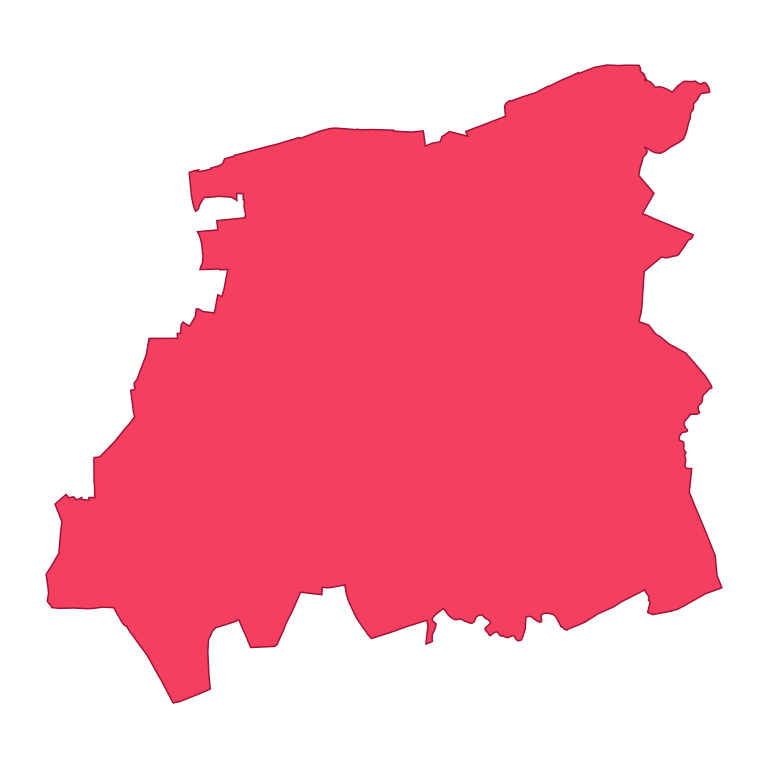 Griškānu pag., Rezeknes, Latvia
{"feature_id": "27541924B86599221750304", "entity_name": "Griškānu pag.", "entity_type": "district", "adm_level": 2, "iso_a3": "LVA", "parent_name": "Latvia", "parent_adm1": "Rezeknes", "projection": "mercator", "projection_center": [27.435, 56.489], "detail": "fine", "context": "isolated", "style": "filled", "palette": "rose", "viewbox_px": 768, "rotation_deg": 0, "n_neighbors": 0, "source": "geoboundaries", "source_scale": "gbopen_adm2", "svg_char_len": 6032}
<svg xmlns="http://www.w3.org/2000/svg" viewBox="0 0 768 768"><path d="M52.0,607.1L52.1,607.4L51.9,607.6L59.8,608.4L73.7,608.0L86.6,608.7L92.7,608.5L102.8,607.1L113.8,607.7L121.8,622.0L124.5,625.5L126.2,625.7L130.3,632.4L133.6,636.5L136.0,640.1L146.9,654.9L161.9,681.6L173.2,703.0L175.8,702.3L178.9,701.9L201.5,692.9L210.3,689.0L208.9,674.9L207.8,651.0L208.2,645.3L208.5,639.8L212.5,631.1L216.3,627.0L216.9,627.4L236.0,621.3L236.4,620.3L237.0,620.5L239.0,620.1L241.0,625.0L245.9,635.9L250.6,647.5L274.7,646.4L277.2,644.4L280.1,637.5L282.6,632.4L286.2,623.2L290.9,613.9L294.5,606.2L300.5,592.2L321.9,594.7L322.2,587.1L326.2,587.8L330.7,587.6L344.8,584.9L346.4,594.2L348.6,601.3L356.5,618.1L367.9,634.5L371.3,638.5L393.0,631.6L406.0,626.8L426.8,620.3L428.0,625.6L425.9,643.7L426.0,644.1L432.5,641.4L432.1,638.6L432.2,635.2L432.6,633.9L435.2,628.4L436.1,623.9L433.0,621.1L432.4,620.2L432.2,619.0L433.3,617.1L435.7,614.4L443.4,608.5L448.6,615.4L452.5,618.5L455.2,619.7L456.5,619.7L458.2,619.1L460.7,619.0L465.7,621.6L470.9,623.3L472.1,623.1L474.3,621.7L475.9,617.5L476.9,616.4L479.8,615.0L481.9,615.2L484.0,616.6L485.0,618.1L485.7,618.6L487.2,619.1L488.4,620.0L490.4,622.2L490.5,622.8L490.0,623.6L485.4,627.9L484.9,628.6L485.8,630.7L488.0,633.0L489.1,635.0L490.0,635.6L490.6,635.4L494.8,632.2L496.9,632.0L498.1,632.7L499.5,635.0L500.2,635.7L504.0,636.5L506.8,637.6L508.6,637.5L512.3,635.7L513.9,635.8L516.0,639.3L517.4,640.5L518.8,640.8L521.3,640.0L522.9,636.7L523.8,633.2L525.2,629.2L525.6,623.4L525.8,618.0L526.7,616.9L528.1,616.4L529.7,616.4L531.0,616.8L532.5,617.6L536.7,620.8L539.0,622.0L540.5,622.2L541.6,621.3L541.7,619.8L541.0,616.6L541.1,615.5L542.0,614.3L543.3,613.7L545.5,613.1L549.5,613.5L552.6,614.3L554.8,615.6L556.3,617.6L560.6,625.7L560.9,626.8L562.9,627.4L564.3,629.2L567.2,630.0L567.3,629.4L577.5,625.4L585.2,622.0L597.7,614.0L613.3,607.0L621.6,601.7L644.8,589.9L644.6,590.3L648.7,596.6L649.2,596.8L648.4,600.2L650.3,602.1L649.9,603.1L647.6,612.4L652.7,614.6L672.1,611.0L672.0,610.6L677.2,609.4L682.4,606.8L705.7,593.6L721.9,587.8L717.0,575.4L715.2,555.9L705.9,532.3L694.0,503.9L689.3,492.1L691.7,468.6L686.8,468.3L685.4,467.2L685.1,466.1L685.2,463.6L685.6,461.6L685.7,459.9L685.5,457.8L684.2,455.9L685.3,454.2L685.9,452.3L685.8,452.0L683.7,449.3L683.6,448.8L683.9,445.6L683.9,443.7L683.3,441.8L683.0,441.4L680.7,441.0L679.8,440.4L679.3,439.8L679.2,438.9L679.2,437.6L679.8,435.9L681.5,433.1L683.5,432.2L686.1,431.8L687.4,431.1L687.6,430.4L687.4,429.9L685.6,428.1L684.2,424.9L684.0,424.0L684.1,423.1L684.9,421.2L685.8,419.9L687.8,417.8L689.4,415.4L690.1,414.8L692.2,414.1L696.3,414.4L699.0,413.4L699.5,412.5L699.5,411.9L698.3,409.9L698.1,407.7L698.2,406.3L698.5,405.7L700.9,403.6L701.7,402.4L702.4,400.2L702.6,396.8L703.2,395.1L709.6,388.8L711.9,387.8L711.2,385.5L705.2,375.7L692.7,361.0L685.6,353.0L669.2,344.1L660.7,337.1L655.7,334.0L648.8,325.1L638.9,321.6L640.8,313.9L641.8,307.7L644.2,271.5L661.1,257.3L661.7,257.1L665.3,257.8L667.3,257.8L673.3,256.2L676.4,255.8L678.3,254.8L678.9,254.3L680.4,251.8L684.1,246.9L688.4,240.1L691.4,238.6L691.9,238.0L693.2,234.8L654.1,218.7L645.7,214.8L642.9,214.2L643.4,212.1L654.0,193.3L638.9,175.6L638.9,174.1L639.2,173.3L640.1,168.0L642.0,162.1L642.7,158.5L643.4,157.1L646.5,153.5L647.1,151.4L646.5,149.1L644.2,146.9L645.7,147.5L652.7,151.8L656.3,152.9L660.7,153.2L664.8,151.2L670.9,146.9L679.3,142.2L683.7,138.9L686.3,132.1L687.4,128.1L687.6,126.5L688.7,122.8L689.1,121.1L690.2,118.7L690.4,116.2L690.3,113.9L691.3,112.0L693.2,109.6L693.4,108.8L693.7,103.8L697.0,100.0L700.5,94.1L701.0,93.6L709.2,92.4L709.6,91.9L709.8,91.3L708.4,86.9L706.8,84.4L705.7,83.1L704.4,82.5L703.2,82.7L701.4,83.8L700.2,83.9L699.0,83.6L695.4,81.1L691.5,81.6L686.8,81.3L684.0,81.4L677.9,85.7L672.5,91.8L671.0,91.5L667.4,89.4L662.9,87.4L658.7,86.8L656.2,87.3L654.8,87.1L653.0,84.4L651.5,82.9L649.7,81.6L648.3,81.1L646.8,79.9L645.0,80.7L644.8,80.0L645.0,79.4L645.9,78.8L645.8,77.7L645.2,77.3L644.4,75.7L644.5,75.3L644.0,75.2L644.0,74.0L643.0,73.8L642.6,72.7L641.8,72.6L640.8,71.6L640.2,69.7L640.6,69.2L640.6,68.3L639.0,65.3L626.2,65.2L618.8,65.5L607.0,65.0L594.1,67.5L578.9,73.5L578.4,72.5L572.0,75.7L562.4,79.7L549.1,86.3L549.0,86.0L547.1,86.7L535.6,92.7L522.3,96.9L510.5,101.2L509.8,100.6L506.2,103.0L504.6,106.0L505.1,113.0L505.5,116.3L465.7,131.5L467.8,136.2L449.5,131.6L442.0,136.6L440.1,141.9L432.5,143.1L425.4,146.0L423.3,130.9L411.5,132.1L393.6,131.1L393.7,130.2L371.9,129.5L361.7,129.8L356.9,129.3L356.9,129.7L335.9,128.1L330.6,128.4L319.5,131.2L300.0,138.5L299.2,137.5L277.0,144.2L266.8,146.7L234.1,155.5L233.8,156.3L224.5,158.8L223.3,162.2L221.6,164.5L217.8,166.2L210.8,168.1L211.0,169.0L202.8,171.0L197.2,171.5L198.3,170.0L194.3,170.7L189.2,172.5L191.5,196.3L193.4,205.6L195.4,211.2L196.7,210.7L198.5,208.8L199.1,206.5L200.1,204.0L202.6,199.8L204.7,197.2L207.6,197.5L208.9,197.1L213.3,197.0L218.3,196.3L231.8,197.2L236.9,200.5L236.6,193.5L242.9,193.6L243.3,194.2L243.2,199.8L244.2,199.9L244.3,202.7L244.0,206.1L245.3,213.3L245.9,216.0L245.0,216.1L245.2,217.8L216.8,220.6L217.8,229.9L197.5,231.7L199.8,236.6L201.1,241.2L201.8,244.6L202.6,254.2L203.2,255.7L203.0,258.2L202.6,258.2L202.5,260.2L202.8,260.8L202.4,262.9L201.9,264.6L201.1,265.7L200.0,269.6L218.7,269.0L219.6,269.1L219.8,269.8L227.7,269.5L224.1,288.7L221.8,296.5L217.8,294.8L215.0,309.8L214.2,312.9L203.2,311.6L198.7,309.0L196.4,308.8L195.3,316.4L189.5,326.2L182.9,322.1L181.2,324.7L180.5,333.2L177.2,333.5L177.6,338.3L149.1,338.4L147.1,349.5L146.4,354.4L137.0,379.4L134.1,383.2L134.7,385.0L134.0,385.8L134.8,387.1L135.3,387.6L134.8,389.4L130.7,390.3L133.0,407.6L133.2,411.2L134.7,416.7L129.7,423.4L124.3,429.6L115.1,441.1L99.7,457.0L94.1,457.5L93.9,460.6L94.1,482.1L94.5,484.6L94.7,495.7L95.2,497.5L88.9,497.5L88.8,500.0L86.1,500.0L81.3,499.3L81.7,497.6L76.6,499.9L73.8,497.0L73.5,497.2L73.1,496.8L68.3,497.8L67.9,496.6L66.0,494.5L55.0,504.2L59.2,514.6L61.9,521.9L60.5,533.1L60.1,538.8L58.9,553.1L53.0,563.4L46.1,574.4L47.7,585.2L48.6,592.9L47.5,599.8L47.4,601.6L52.0,607.1Z" fill="#f43f5e" stroke="#9f1239" stroke-width="1.5"/></svg>